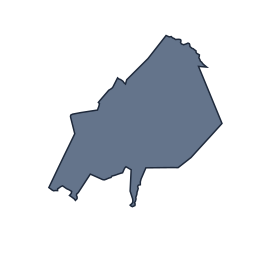 outline of Sumé, Paraíba, Brazil, rotated 252°
{"feature_id": "56859067B85735836369597", "entity_name": "Sumé", "entity_type": "district", "adm_level": 2, "iso_a3": "BRA", "parent_name": "Brazil", "parent_adm1": "Paraíba", "projection": "robinson", "projection_center": [-36.914, -7.646], "detail": "fine", "context": "isolated", "style": "filled", "palette": "slate", "viewbox_px": 256, "rotation_deg": 252, "n_neighbors": 0, "source": "geoboundaries", "source_scale": "gbopen_adm2", "svg_char_len": 1794}
<svg xmlns="http://www.w3.org/2000/svg" viewBox="0 0 256 256"><g transform="rotate(252 128 128)"><path d="M54.0,106.2L52.7,106.9L51.8,107.9L52.1,110.6L53.6,111.3L55.0,111.2L56.0,112.4L58.0,113.7L59.7,114.0L62.0,115.8L64.2,116.8L65.4,117.7L67.3,119.0L69.4,119.1L70.4,120.2L70.2,122.2L73.0,123.1L75.5,124.7L84.6,132.7L76.5,158.5L74.8,163.4L80.5,178.9L86.9,190.1L97.4,208.6L103.3,218.8L159.5,214.5L164.8,214.1L161.6,221.7L163.0,220.8L164.4,219.9L166.0,219.0L167.8,218.4L169.3,217.5L170.9,217.5L172.9,217.1L174.3,218.0L175.5,218.5L176.6,217.5L177.6,216.5L178.8,216.1L180.4,216.5L182.0,215.3L183.3,214.5L184.1,213.4L186.3,212.1L187.8,212.4L189.2,212.4L190.2,211.3L190.0,209.2L190.0,206.6L191.5,204.8L193.2,204.4L194.4,205.3L195.8,205.3L196.6,203.9L197.1,202.2L197.5,200.5L198.8,199.6L200.1,198.1L201.6,197.4L201.9,195.4L203.0,194.1L204.2,192.8L187.8,168.4L178.5,150.0L174.3,141.7L170.6,139.2L172.0,138.3L174.1,137.6L175.2,136.8L176.4,135.9L177.5,134.4L178.9,133.6L174.4,129.1L172.0,126.7L171.1,125.7L170.3,123.4L169.9,121.4L163.2,110.4L161.5,107.7L160.1,108.4L158.8,107.7L157.4,106.8L155.9,105.6L154.5,104.5L157.2,88.1L158.3,79.6L158.0,77.6L156.9,76.9L155.4,76.7L139.0,75.6L129.6,66.6L122.7,59.9L111.4,49.1L95.8,34.3L94.3,35.4L92.5,36.6L91.3,37.8L90.9,39.8L90.2,41.7L91.9,42.3L92.3,43.8L93.0,45.9L93.2,47.9L89.2,50.9L87.4,52.9L85.1,54.8L83.3,53.8L81.9,51.5L80.4,52.7L77.1,55.0L75.4,55.6L76.5,57.7L78.1,58.3L79.6,58.1L81.0,58.7L81.9,60.7L83.3,62.4L95.8,77.9L94.2,79.7L86.7,88.0L86.0,89.4L86.0,91.2L86.2,93.2L86.3,94.8L86.2,96.5L87.3,98.0L87.1,100.2L87.1,102.0L87.2,104.7L87.2,107.1L87.1,109.0L88.4,110.2L89.8,111.4L90.9,112.5L91.8,114.1L87.3,118.1L69.4,111.3L67.3,110.5L61.7,110.5L59.3,110.5L57.5,110.2L55.7,109.5L54.6,107.7L54.0,106.2Z" fill="#64748b" stroke="#1e293b" stroke-width="1.5"/></g></svg>